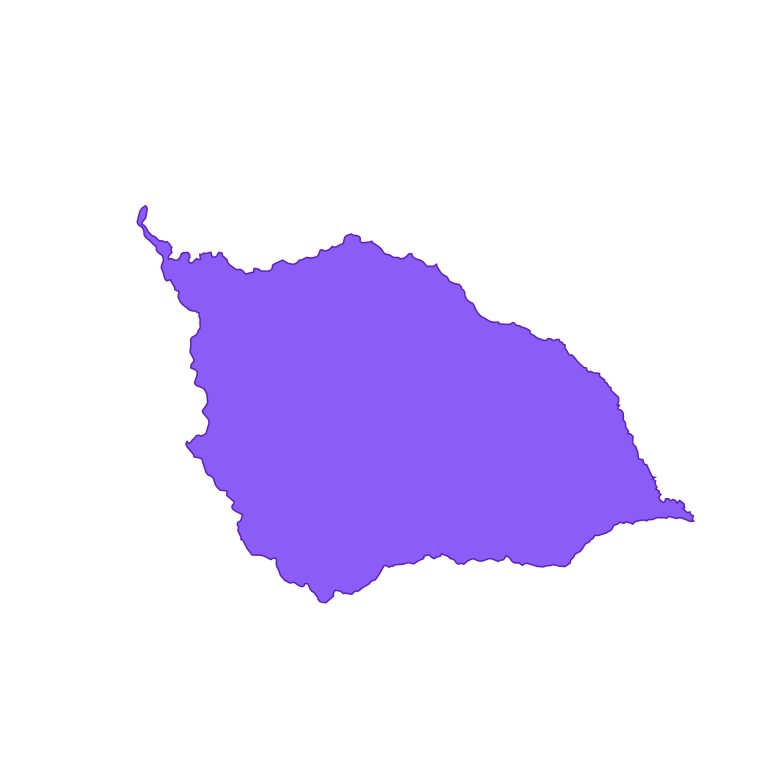 outline of Dois Irmãos do Tocantins, Tocantins, Brazil, rotated 150°
{"feature_id": "56859067B267750606795", "entity_name": "Dois Irmãos do Tocantins", "entity_type": "district", "adm_level": 2, "iso_a3": "BRA", "parent_name": "Brazil", "parent_adm1": "Tocantins", "projection": "albers", "projection_center": [-49.064, -9.333], "detail": "fine", "context": "isolated", "style": "filled", "palette": "violet", "viewbox_px": 768, "rotation_deg": 150, "n_neighbors": 0, "source": "geoboundaries", "source_scale": "gbopen_adm2", "svg_char_len": 6171}
<svg xmlns="http://www.w3.org/2000/svg" viewBox="0 0 768 768"><g transform="rotate(150 384 384)"><path d="M501.0,655.7L501.4,657.6L505.2,657.4L509.0,655.6L516.5,648.0L517.1,646.3L516.9,644.1L515.6,641.7L515.0,639.0L515.5,636.3L517.0,633.4L517.1,630.3L515.0,624.4L513.8,619.5L512.7,617.1L513.2,615.2L514.3,613.5L513.8,610.5L511.7,606.0L513.0,601.5L517.8,597.5L518.9,595.6L519.3,591.6L521.1,585.0L520.8,582.1L517.0,581.1L517.0,572.7L517.9,570.5L517.2,568.8L515.6,567.3L515.9,565.5L517.9,563.8L518.9,561.7L519.4,556.8L518.7,553.5L515.4,545.2L513.3,543.0L511.0,541.6L510.0,539.5L508.6,538.0L510.4,534.8L510.9,531.5L512.3,529.9L515.1,524.5L517.9,523.2L521.3,520.5L527.3,520.3L529.3,519.1L531.5,514.6L536.0,508.7L536.3,500.9L537.0,498.8L541.3,497.2L543.3,494.6L540.1,490.5L539.6,487.9L541.4,485.2L547.3,480.0L547.7,477.8L546.7,475.8L543.4,471.9L542.2,469.4L542.4,464.0L545.9,456.2L549.1,454.1L554.7,451.6L555.2,449.1L553.8,442.0L554.1,439.5L555.2,437.5L563.0,430.1L566.2,430.0L568.7,430.6L570.1,432.4L572.4,433.1L576.3,431.5L578.4,431.3L580.4,429.9L582.6,430.3L583.3,432.7L585.6,431.1L586.0,428.2L584.2,418.0L585.0,416.0L580.3,411.7L579.1,409.7L580.0,407.3L582.4,396.1L581.8,393.1L579.7,390.4L578.9,388.1L580.4,380.4L579.9,376.6L578.9,373.9L573.7,370.2L574.2,368.4L576.0,366.2L572.6,357.0L574.0,355.4L576.3,354.7L577.6,352.6L577.4,350.8L576.1,348.0L571.8,341.5L576.5,337.3L580.1,337.1L581.6,335.3L581.4,332.7L583.7,330.4L584.5,322.7L585.6,320.9L584.3,319.1L584.8,310.4L583.8,301.9L576.5,297.5L574.2,295.3L569.7,288.5L567.8,288.6L565.1,287.7L565.2,285.1L567.1,282.5L568.2,279.4L568.3,275.1L569.4,270.0L568.1,263.6L565.0,258.6L561.9,257.7L560.5,256.2L558.5,252.0L556.6,249.6L554.6,249.1L552.0,250.7L549.8,248.9L550.5,243.0L550.2,240.7L548.8,238.5L548.1,232.6L548.7,230.7L548.4,227.8L546.4,225.6L543.6,223.7L533.9,225.5L532.2,228.4L529.1,229.7L525.1,226.1L524.1,223.0L521.7,221.9L517.0,218.0L514.0,218.9L512.1,218.9L510.6,217.8L508.5,217.5L505.5,218.3L497.1,218.3L493.5,219.6L489.3,218.8L482.5,222.0L475.1,226.5L473.2,226.0L471.0,222.7L468.9,222.7L467.1,221.7L464.8,221.9L457.5,218.3L452.3,217.3L448.2,213.4L442.2,213.7L436.9,213.0L435.4,214.9L430.7,213.8L429.0,209.1L427.6,207.5L425.2,207.9L421.5,206.8L418.8,207.9L414.5,202.4L414.0,199.9L412.1,198.0L410.7,195.6L411.0,193.3L409.8,190.9L407.0,190.2L405.0,188.0L400.2,189.0L396.0,188.6L393.6,187.8L392.1,185.3L389.6,182.7L387.0,181.4L381.0,180.4L378.4,179.1L373.9,173.4L371.1,173.1L368.3,172.0L364.4,174.2L362.8,172.4L361.9,169.5L362.0,167.5L361.3,165.3L360.2,163.6L356.4,161.4L354.9,157.9L351.5,158.0L349.4,156.9L342.4,149.3L337.3,145.9L334.7,145.5L330.4,143.5L328.3,143.2L325.3,140.9L323.4,138.6L318.6,135.4L312.5,135.8L310.4,138.1L306.0,139.4L304.1,141.1L297.5,141.0L294.8,142.0L289.8,144.8L285.2,144.6L282.5,145.9L280.3,145.6L277.1,147.6L274.5,145.8L266.1,143.9L261.1,143.9L259.1,144.4L255.6,146.7L252.1,145.9L248.7,146.4L246.3,143.6L243.2,143.3L240.2,140.6L238.7,138.3L235.3,139.2L229.9,137.6L226.8,136.2L224.9,134.1L222.7,134.3L219.9,132.6L213.9,131.5L207.7,127.7L206.4,126.4L203.5,127.0L197.9,121.2L195.5,120.8L193.3,119.2L187.3,111.7L184.4,110.4L184.6,112.8L182.0,115.1L183.7,117.7L183.0,120.2L185.6,121.0L186.9,124.5L187.3,126.9L185.6,126.4L184.1,130.4L186.2,135.4L189.9,134.4L189.7,137.0L191.2,139.3L194.4,139.8L194.9,142.3L197.7,143.8L199.4,141.7L201.3,141.7L202.8,145.0L202.8,147.7L201.5,149.2L199.5,149.8L200.4,151.9L199.3,153.6L201.2,157.3L199.4,157.9L199.0,162.3L197.3,164.0L199.0,167.6L196.0,167.7L197.5,168.8L198.0,171.1L196.9,182.8L198.6,184.2L198.4,186.6L197.6,188.9L201.0,192.1L198.4,197.9L197.3,203.8L198.0,205.8L198.2,208.8L194.5,214.0L195.8,217.9L197.8,219.3L195.9,220.8L196.3,225.9L194.7,228.6L194.4,230.8L194.7,233.3L192.9,236.1L191.3,239.8L191.6,242.4L194.0,245.6L192.7,246.9L190.7,247.8L192.7,249.2L190.6,250.4L188.9,252.4L187.6,255.3L190.7,265.3L189.2,267.3L190.7,269.3L190.5,273.6L191.9,275.4L190.8,277.0L193.4,282.8L192.1,285.3L194.1,287.1L196.3,288.0L198.7,291.6L200.8,292.1L201.4,294.5L200.7,296.7L202.8,298.5L205.1,306.4L206.1,313.3L207.0,315.5L209.0,315.9L209.2,325.2L207.6,327.1L208.7,328.8L209.1,331.1L210.5,333.1L210.2,335.2L212.4,336.3L215.5,336.7L216.9,339.6L219.4,341.4L221.4,340.6L223.8,341.9L228.5,347.5L229.9,351.1L231.5,353.1L231.9,355.4L230.9,357.1L232.0,359.2L233.9,362.0L236.1,364.2L237.4,366.6L240.1,368.6L240.5,371.1L241.4,372.7L245.8,372.9L254.1,378.4L253.9,380.3L258.6,382.9L260.9,385.2L266.2,394.2L267.2,398.6L267.4,402.9L266.7,407.4L266.9,409.6L268.2,411.1L270.0,415.3L269.9,419.8L268.3,422.9L268.2,425.2L269.0,427.2L268.5,429.8L269.2,432.7L273.1,436.0L275.9,440.1L275.9,445.2L278.7,450.1L279.1,452.6L279.4,458.7L278.6,461.4L282.9,461.2L284.9,462.9L286.8,463.5L288.0,465.0L289.0,469.9L290.5,472.9L293.9,476.6L295.5,479.5L294.9,482.9L297.3,484.3L300.3,483.3L304.4,482.9L307.1,484.4L308.5,486.5L312.6,488.9L314.6,493.0L317.9,495.9L318.7,498.5L318.7,501.2L319.7,505.3L323.1,511.9L323.2,513.8L325.3,514.0L332.8,517.5L333.2,519.8L331.6,522.2L331.8,524.2L333.1,525.9L336.3,528.3L337.2,530.2L341.8,531.2L343.8,531.0L345.3,530.1L348.3,526.8L350.1,526.0L352.4,526.6L356.0,526.5L358.6,527.1L360.1,529.1L362.9,528.0L366.0,528.0L369.1,528.8L370.4,531.2L372.2,531.9L375.9,528.7L378.6,527.8L383.9,529.4L387.7,532.3L393.3,532.6L395.6,533.7L397.6,532.8L400.7,532.5L403.2,533.3L406.7,536.4L409.8,541.9L418.0,542.8L421.0,542.6L423.4,539.7L426.3,539.2L428.8,540.1L434.2,543.5L434.8,545.6L436.6,547.6L438.7,549.0L441.3,546.0L443.6,547.1L448.8,548.3L449.8,552.6L451.0,555.0L454.8,556.9L458.0,564.3L458.7,566.9L457.8,570.3L459.7,575.9L458.7,578.2L461.0,580.5L463.1,579.7L464.5,578.5L466.4,578.4L468.9,579.3L468.9,582.0L468.0,584.6L472.8,586.0L474.9,587.6L476.7,587.0L478.7,588.4L480.6,583.7L482.3,584.5L483.6,586.3L485.7,586.0L488.2,584.9L490.9,585.2L492.1,587.7L490.6,589.7L488.5,591.1L487.6,593.5L488.1,596.0L492.4,598.2L494.3,598.0L497.7,595.4L501.0,594.6L503.2,595.8L505.6,599.2L508.0,599.8L507.5,601.7L505.2,603.0L501.9,604.0L501.4,606.9L499.5,608.2L499.9,612.8L500.8,615.9L502.8,616.3L503.7,618.2L507.1,620.5L508.8,626.3L510.9,628.9L512.0,633.5L511.9,639.1L512.5,641.4L513.9,643.4L511.8,645.4L507.4,646.9L501.7,653.7L501.0,655.7Z" fill="#8b5cf6" stroke="#5b21b6" stroke-width="1.5"/></g></svg>